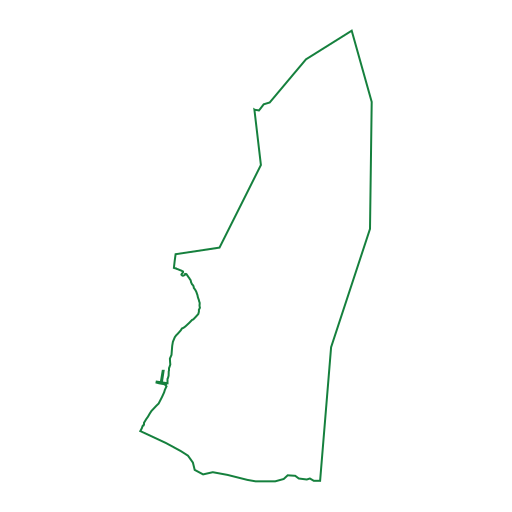 Jalousie, Soufrière, Saint Lucia (Albers equal-area conic projection)
{"feature_id": "8701671B83724356219791", "entity_name": "Jalousie", "entity_type": "district", "adm_level": 2, "iso_a3": "LCA", "parent_name": "Saint Lucia", "parent_adm1": "Soufrière", "projection": "albers", "projection_center": [-61.062, 13.829], "detail": "fine", "context": "isolated", "style": "outline", "palette": "green", "viewbox_px": 512, "rotation_deg": 0, "n_neighbors": 0, "source": "geoboundaries", "source_scale": "gbopen_adm2", "svg_char_len": 1899}
<svg xmlns="http://www.w3.org/2000/svg" viewBox="0 0 512 512"><path d="M306.0,59.3L293.2,74.5L269.7,102.5L268.0,103.0L263.7,104.3L260.2,108.9L258.9,110.5L258.2,110.3L254.7,109.8L254.4,109.6L260.9,165.0L244.9,197.0L219.5,247.6L175.6,254.2L174.7,260.8L173.9,267.9L175.5,268.4L175.9,268.3L176.5,268.8L177.8,269.2L179.7,270.0L181.3,270.6L182.6,271.3L183.0,271.5L183.1,272.2L182.7,272.8L181.9,273.7L181.5,274.3L181.4,274.7L182.0,275.3L182.5,275.7L183.2,275.7L184.5,275.1L185.0,274.7L185.1,274.0L185.9,273.9L186.5,274.2L187.4,275.5L188.6,277.3L189.4,278.3L189.8,279.1L190.3,279.7L190.5,280.0L190.8,280.9L190.9,281.3L191.1,282.4L191.7,283.5L192.0,284.3L192.6,284.8L193.3,285.7L193.7,286.9L193.8,287.9L194.8,289.2L195.7,290.6L196.5,292.3L196.9,293.6L197.4,294.9L197.9,297.3L198.9,300.1L199.2,301.5L199.6,302.5L199.7,303.9L199.5,305.1L199.7,306.9L199.9,307.8L198.9,309.8L198.9,311.7L198.3,314.0L195.7,316.9L193.3,319.4L192.1,319.9L189.2,322.9L185.3,326.5L183.5,327.8L182.6,328.2L181.9,328.5L180.8,330.3L177.8,333.7L176.1,335.4L174.8,337.2L172.9,341.8L172.2,345.9L171.5,354.9L169.9,358.6L170.1,362.3L170.3,364.5L169.3,367.5L169.0,368.1L169.0,370.4L168.7,371.5L168.7,372.8L168.6,375.7L168.0,377.9L167.5,378.9L167.5,383.2L163.2,382.6L161.9,382.3L163.6,370.8L162.7,370.8L160.8,382.2L156.7,381.6L156.5,382.6L159.1,383.3L166.0,384.5L165.5,385.2L166.5,386.3L164.9,389.8L164.1,392.4L162.0,397.0L160.0,400.9L158.6,403.6L156.5,405.6L151.5,410.9L149.8,413.5L147.9,416.8L146.3,419.0L144.0,422.8L144.0,424.5L143.5,425.5L142.8,425.6L142.3,426.8L141.9,428.1L140.3,431.1L165.9,443.0L181.0,451.2L188.0,455.7L192.9,462.6L194.7,469.9L203.1,474.4L212.8,472.2L227.5,474.9L247.4,479.9L255.4,481.3L275.3,481.3L283.7,479.0L287.7,475.3L295.2,475.8L298.8,478.5L306.8,479.5L309.9,478.5L313.8,480.8L316.1,480.8L320.1,480.8L331.1,347.2L370.0,228.9L371.7,101.9L351.7,30.7L306.0,59.3Z" fill="none" stroke="#15803d" stroke-width="2"/></svg>